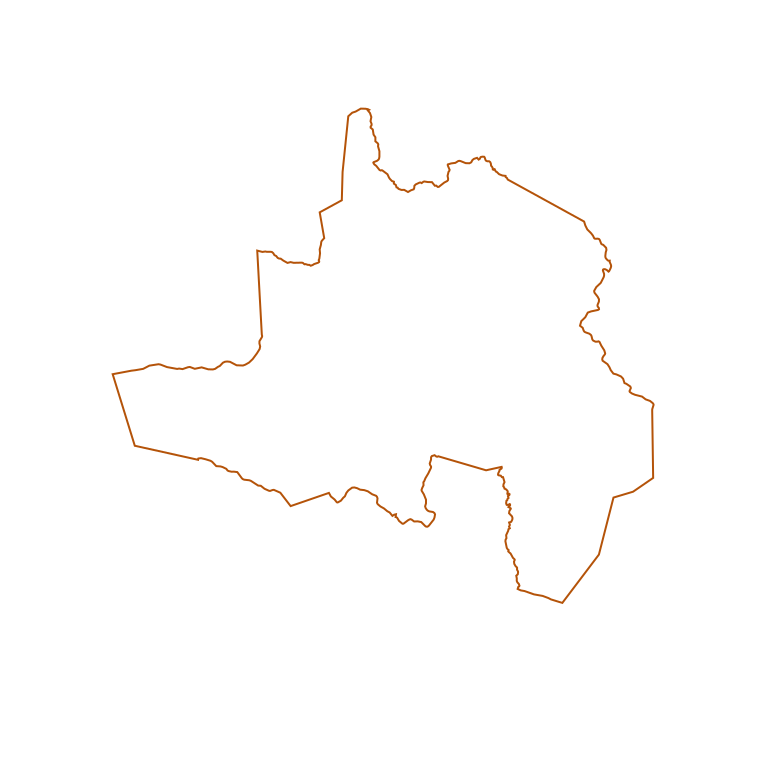 outline of Moroceli, El Paraíso, Honduras, rotated 250°
{"feature_id": "27666195B80695499331082", "entity_name": "Moroceli", "entity_type": "district", "adm_level": 2, "iso_a3": "HND", "parent_name": "Honduras", "parent_adm1": "El Paraíso", "projection": "orthographic", "projection_center": [-86.851, 14.169], "detail": "fine", "context": "isolated", "style": "outline", "palette": "amber", "viewbox_px": 768, "rotation_deg": 250, "n_neighbors": 0, "source": "geoboundaries", "source_scale": "gbopen_adm2", "svg_char_len": 6166}
<svg xmlns="http://www.w3.org/2000/svg" viewBox="0 0 768 768"><g transform="rotate(250 384 384)"><path d="M422.7,638.3L423.0,637.2L423.7,636.5L426.1,635.5L427.1,635.4L428.5,635.7L431.9,637.4L433.9,638.9L436.0,639.3L439.8,637.6L440.4,636.8L441.4,636.1L445.6,636.0L446.6,635.7L447.4,634.7L448.3,632.0L449.0,631.4L451.9,631.1L454.8,630.2L459.7,627.9L464.1,627.4L468.2,627.6L533.8,570.2L535.5,570.0L536.9,569.1L538.0,569.4L539.4,566.6L541.8,563.9L544.7,562.5L545.5,561.7L548.1,561.4L548.2,561.0L547.8,560.3L548.4,559.6L549.8,560.0L551.2,559.8L552.5,559.3L554.7,559.8L556.2,559.7L557.3,559.0L558.0,557.2L559.0,556.2L559.9,556.0L562.5,556.1L563.3,555.8L563.9,554.4L564.2,552.8L564.0,552.2L562.8,551.0L562.5,549.7L564.7,548.8L564.8,545.5L564.2,543.7L562.5,541.8L562.2,539.8L563.6,536.3L567.3,532.2L568.0,531.0L568.1,529.9L567.4,526.7L568.3,522.6L568.5,519.1L568.1,518.8L567.2,518.7L562.8,518.9L561.9,518.2L561.3,517.2L557.8,514.9L555.0,514.5L553.7,513.9L553.1,512.8L552.7,509.6L550.5,502.9L550.8,501.9L552.6,500.9L552.9,499.6L557.3,498.1L558.7,494.4L560.5,491.2L560.6,490.2L559.9,488.1L560.8,487.3L561.1,486.3L560.7,482.1L559.9,480.4L557.8,479.4L556.8,478.5L556.8,475.5L556.2,472.2L559.5,469.4L560.4,466.8L562.2,464.6L563.0,464.1L563.8,464.0L564.5,463.0L567.0,463.2L568.9,461.8L570.7,462.5L572.0,460.9L574.7,459.7L576.2,459.3L579.9,459.0L585.3,455.5L585.7,454.9L585.7,454.0L586.6,453.0L591.7,451.3L593.7,450.0L595.0,449.7L595.7,449.7L596.0,450.1L596.1,453.8L596.7,455.5L597.4,456.4L599.1,457.4L604.3,459.3L609.4,459.7L611.2,460.6L612.4,460.4L615.0,458.9L618.8,460.3L621.9,459.5L627.0,460.5L629.4,459.1L630.5,459.5L631.2,460.6L631.8,461.0L632.8,461.3L635.5,461.2L639.2,463.4L643.4,463.5L646.6,462.4L646.8,463.7L647.8,462.8L649.0,460.7L650.7,456.4L649.7,450.5L649.8,446.9L647.8,442.0L597.4,417.6L571.1,407.2L567.3,382.3L541.5,377.7L539.8,374.5L538.9,373.6L536.3,372.3L532.5,369.6L528.7,368.6L523.9,366.1L522.7,365.0L521.5,365.1L520.8,364.7L520.5,363.5L520.6,359.4L520.2,357.6L520.2,355.6L521.5,354.6L522.0,353.2L523.5,351.3L523.7,350.2L525.5,349.2L526.1,348.4L528.8,340.5L530.5,337.9L530.8,334.7L534.4,331.6L537.1,329.8L537.8,328.3L538.9,327.2L541.1,326.5L542.6,325.1L544.8,324.7L546.4,323.8L547.0,322.7L548.3,319.1L549.1,317.8L549.7,314.9L552.7,310.5L472.3,286.1L470.7,285.9L469.8,285.3L466.8,281.6L464.7,280.8L461.7,280.5L459.4,279.1L456.2,275.0L452.3,269.1L450.3,264.5L449.6,260.3L449.6,257.8L452.0,251.9L457.5,246.9L458.8,244.3L459.3,242.2L459.1,239.9L457.1,235.9L456.9,233.8L456.0,230.5L456.2,228.2L457.9,223.9L462.0,218.3L463.0,211.4L466.4,207.4L466.8,205.6L466.9,199.8L468.6,196.7L468.9,194.8L474.1,185.9L478.7,180.6L479.7,178.9L481.5,169.8L480.6,162.9L482.0,155.1L482.9,151.2L486.0,132.4L411.2,128.7L376.4,183.3L377.2,183.6L377.5,184.0L376.9,186.7L374.3,190.6L371.2,194.7L369.7,195.9L364.2,198.3L362.5,202.1L361.2,203.9L358.2,206.8L356.2,207.4L355.2,208.4L353.7,210.8L352.9,213.1L351.4,216.0L344.0,218.2L342.9,218.8L341.9,219.9L339.6,224.5L338.5,225.8L331.6,231.0L330.5,233.4L326.4,235.9L323.1,239.3L322.5,240.3L322.5,243.1L322.2,244.3L317.3,249.4L301.2,254.5L300.5,295.0L296.5,295.6L292.3,298.1L289.0,299.2L288.5,300.0L289.1,303.6L291.1,306.9L291.8,308.8L294.6,311.5L296.2,314.1L297.5,318.6L296.9,320.8L295.3,323.1L292.9,325.4L291.0,329.2L288.7,332.1L284.4,335.2L281.6,338.4L280.4,338.8L278.8,338.8L274.8,336.8L273.2,337.0L270.1,338.8L267.1,341.4L263.3,343.6L261.3,345.4L257.2,346.8L257.7,348.9L257.5,350.7L255.0,349.4L254.7,350.0L253.8,350.6L250.2,351.3L246.6,353.4L246.2,353.9L246.1,354.6L247.8,360.2L248.0,361.8L247.9,362.7L247.1,363.6L244.5,365.3L243.4,368.7L241.5,371.8L236.3,374.2L235.6,374.8L235.1,375.8L235.2,376.8L235.7,378.0L239.6,384.3L241.3,385.8L244.1,387.4L245.6,387.2L247.0,386.2L248.8,383.0L249.9,381.9L251.2,381.2L253.2,380.7L255.0,380.8L257.4,382.6L260.9,383.9L266.7,383.7L270.7,382.9L271.6,383.0L273.2,384.3L275.3,386.5L278.2,387.4L278.9,388.5L281.3,390.7L284.8,395.0L289.3,399.6L290.4,400.0L292.3,399.6L293.7,399.8L296.8,402.3L299.1,403.2L299.9,404.3L299.8,407.2L297.9,408.4L297.4,409.3L297.5,410.3L268.0,450.4L265.9,466.2L265.4,466.2L264.4,465.6L263.7,463.1L262.8,462.7L261.0,460.8L259.7,460.1L259.0,460.5L257.9,462.4L256.2,462.9L255.8,464.0L250.6,463.7L248.9,462.0L247.0,461.1L245.7,461.6L244.5,461.4L243.1,462.8L241.3,463.5L240.2,463.4L239.1,462.5L238.2,462.4L237.7,462.8L238.0,464.0L237.5,464.3L236.8,463.8L236.2,462.1L234.3,462.0L233.9,460.9L232.7,460.1L232.5,459.2L230.3,458.0L228.7,457.9L228.2,458.2L228.0,459.8L228.2,461.0L227.8,461.3L226.7,460.9L225.8,458.9L223.9,460.5L223.4,460.5L221.8,458.4L219.8,457.3L215.8,459.0L214.1,458.9L212.7,458.2L211.0,456.4L211.1,454.2L208.5,454.1L207.2,452.7L205.4,452.9L205.0,451.3L203.6,450.5L200.2,447.1L197.2,446.3L196.1,445.0L194.7,444.3L188.0,443.3L186.3,443.7L185.3,444.3L184.1,443.5L181.3,445.0L176.6,445.7L174.6,446.7L174.0,446.7L172.6,445.4L170.4,444.9L167.7,445.4L166.4,446.1L165.8,446.2L164.0,445.5L162.1,445.8L161.2,445.6L159.4,444.6L158.6,442.7L155.9,442.3L153.6,441.4L152.0,441.5L150.1,442.3L148.2,442.3L147.6,441.8L147.4,440.8L145.7,439.5L143.3,441.9L141.4,445.2L135.0,453.0L130.6,460.6L126.6,465.3L124.5,467.2L117.3,476.7L150.2,527.6L198.8,560.8L197.6,581.2L203.7,604.8L267.5,627.0L268.5,627.4L272.2,630.2L272.9,630.3L274.1,630.0L277.1,628.2L280.1,624.6L283.9,622.2L288.0,616.2L290.2,613.8L292.4,612.3L292.9,612.2L293.5,612.4L295.8,614.6L297.4,614.6L301.3,611.8L302.6,610.3L307.2,610.5L310.0,609.3L313.5,605.7L315.3,603.1L319.5,601.8L322.6,601.6L326.2,600.8L331.1,597.4L332.5,597.5L333.8,598.2L335.1,599.7L336.3,601.7L337.1,602.3L340.3,602.5L345.7,601.3L349.8,600.9L350.7,600.2L350.9,598.6L351.5,597.1L353.3,595.4L354.6,595.0L358.1,595.4L359.4,595.2L361.1,594.1L363.3,591.4L364.4,590.3L365.7,589.9L368.9,589.9L371.7,588.1L375.6,590.9L377.9,596.0L381.4,599.9L381.4,603.4L380.4,610.4L380.7,611.6L382.0,611.9L383.7,611.3L384.6,611.4L385.5,611.9L387.9,614.1L390.1,615.0L393.0,614.6L397.6,613.1L398.8,613.1L399.7,613.4L402.5,616.7L404.9,622.3L409.2,626.9L410.4,627.8L412.2,628.5L415.8,628.5L416.6,629.0L416.7,630.0L416.1,631.2L414.8,632.4L412.8,633.4L413.0,634.1L413.9,635.1L415.7,636.9L417.1,637.8L418.5,638.0L421.4,637.8L422.7,638.3Z" fill="none" stroke="#b45309" stroke-width="2"/></g></svg>